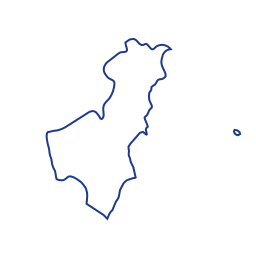 the Province of Bình Thuận, rotated 324°
{"feature_id": "VNM-496", "entity_name": "Bình Thuận", "entity_type": "Province", "adm_level": 1, "iso_a3": "VNM", "parent_name": "Vietnam", "parent_adm1": "", "projection": "natural_earth1", "projection_center": [108.248, 11.033], "detail": "fine", "context": "isolated", "style": "outline", "palette": "blue", "viewbox_px": 256, "rotation_deg": 324, "n_neighbors": 0, "source": "natural_earth", "source_scale": "10m", "svg_char_len": 2221}
<svg xmlns="http://www.w3.org/2000/svg" viewBox="0 0 256 256"><g transform="rotate(324 128 128)"><path d="M208.9,89.4L207.0,88.4L205.2,88.0L203.2,87.9L201.1,88.4L199.2,89.3L195.4,92.4L193.9,94.0L192.9,95.7L191.9,98.1L190.6,104.9L189.7,107.2L188.7,108.3L187.3,108.6L185.4,108.6L184.2,108.3L181.8,107.0L180.3,106.8L179.2,107.1L176.9,108.2L175.6,108.6L171.3,108.6L170.7,109.0L169.3,110.8L166.0,112.0L164.1,114.0L162.5,116.4L161.5,118.5L160.4,123.9L159.3,125.4L156.4,125.9L155.5,126.2L151.4,128.6L150.2,128.9L148.3,129.0L147.5,129.4L146.8,131.2L145.3,137.3L144.7,138.6L142.5,138.9L141.4,139.9L139.6,144.1L138.9,144.1L137.9,140.0L134.9,138.9L120.7,142.1L117.4,143.4L116.1,145.5L115.5,146.9L112.8,150.1L112.2,151.9L111.8,153.5L110.2,157.3L109.3,162.8L105.1,172.5L104.3,172.5L103.0,171.7L98.0,170.0L96.0,169.6L93.6,169.8L91.8,170.2L85.1,173.5L80.3,178.1L78.7,179.1L74.5,180.7L67.1,185.3L64.6,185.7L61.9,186.8L57.9,189.3L57.1,183.9L49.9,165.0L55.2,158.9L56.9,156.1L58.4,152.3L58.6,148.3L58.2,144.2L57.0,140.4L56.0,137.8L54.6,135.2L53.2,133.5L51.6,132.4L49.8,132.3L47.8,132.5L45.4,132.3L43.5,131.3L41.4,129.4L40.2,127.4L40.9,125.5L42.7,122.1L43.7,119.8L44.2,116.2L45.4,112.6L47.7,108.1L48.8,104.4L49.4,103.0L52.0,98.2L53.6,93.9L56.1,88.8L57.3,86.9L58.4,85.5L59.2,84.8L59.7,84.5L60.6,84.2L66.0,86.5L70.0,88.7L74.0,89.9L77.4,90.5L106.4,92.3L108.9,93.2L110.5,94.6L111.3,96.3L111.5,98.0L111.6,100.0L111.5,102.5L111.3,103.5L111.3,104.3L111.8,105.1L112.8,105.3L114.2,104.8L115.9,103.3L118.8,98.6L120.3,96.6L122.7,94.9L125.6,94.0L130.4,93.1L133.9,91.6L137.4,89.5L140.2,87.2L142.4,85.0L143.7,83.3L144.0,81.9L143.7,80.5L142.0,77.1L141.3,75.0L141.2,72.6L141.3,70.2L141.8,68.1L142.7,66.5L144.3,64.7L147.1,63.2L149.5,62.6L164.0,62.1L166.5,62.4L169.8,64.4L171.6,65.1L172.9,64.5L173.8,63.0L175.2,59.1L176.2,57.3L181.5,57.4L183.3,58.3L185.0,59.4L185.9,60.9L186.3,62.5L186.7,66.2L187.1,67.6L187.8,68.9L188.9,69.6L191.8,70.4L192.5,71.3L192.8,72.7L193.1,76.5L193.5,78.1L194.3,78.9L195.5,79.1L199.1,78.7L201.4,79.2L204.5,80.7L206.6,82.9L208.1,85.5L208.6,87.4L208.9,89.3L208.9,89.4ZM213.1,192.2L215.0,194.1L215.8,196.8L215.2,198.7L212.9,198.6L211.7,197.2L211.2,195.1L211.6,193.1L213.1,192.2Z" fill="none" stroke="#1e3a8a" stroke-width="2"/></g></svg>